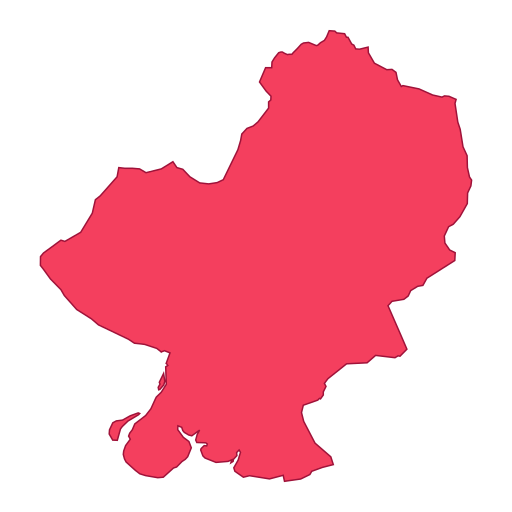 Dubreka, Dubréka, Guinea (Mercator projection)
{"feature_id": "49546643B20116898332008", "entity_name": "Dubreka", "entity_type": "district", "adm_level": 2, "iso_a3": "GIN", "parent_name": "Guinea", "parent_adm1": "Dubréka", "projection": "mercator", "projection_center": [-13.536, 10.125], "detail": "fine", "context": "isolated", "style": "filled", "palette": "rose", "viewbox_px": 512, "rotation_deg": 0, "n_neighbors": 0, "source": "geoboundaries", "source_scale": "gbopen_adm2", "svg_char_len": 3058}
<svg xmlns="http://www.w3.org/2000/svg" viewBox="0 0 512 512"><path d="M166.2,363.4L166.5,363.5L167.8,365.5L165.7,366.8L166.3,384.3L161.2,392.3L156.3,397.1L155.5,398.7L150.9,408.8L145.7,415.5L134.8,423.9L132.3,429.8L129.7,433.2L128.6,436.1L130.3,439.2L125.6,445.6L123.7,451.0L123.3,454.4L124.5,458.9L126.1,462.0L135.3,470.3L139.8,473.8L145.6,475.6L157.8,477.7L163.3,477.2L173.5,468.0L176.6,467.0L182.0,461.5L185.3,459.3L187.7,456.7L191.3,447.8L188.9,441.5L183.3,437.3L177.7,429.6L177.9,425.8L181.7,427.3L182.8,430.6L184.3,432.4L188.7,435.0L191.8,435.8L199.6,430.1L197.2,434.5L195.7,440.0L196.8,442.5L205.7,442.8L207.3,444.0L206.7,445.9L204.2,445.6L201.1,448.6L200.7,450.0L202.9,455.9L205.0,458.0L216.0,462.4L228.0,461.4L231.8,459.8L230.9,462.8L233.1,461.4L233.4,459.4L236.9,455.6L236.6,452.6L239.1,450.0L240.5,452.3L238.1,460.2L233.8,467.8L234.9,471.3L243.4,477.2L249.5,475.7L269.5,478.9L283.2,475.3L284.5,481.3L300.7,479.0L309.9,474.5L311.7,471.3L322.4,467.4L333.3,464.6L330.8,456.8L315.0,443.1L303.7,421.4L301.5,412.6L303.3,405.2L317.8,400.1L319.4,398.4L320.5,398.9L323.3,395.0L323.3,391.9L326.0,386.4L324.4,383.4L327.9,378.7L346.6,363.8L367.1,362.8L375.6,355.4L395.0,357.7L398.1,355.8L400.0,356.2L406.9,349.2L401.0,335.5L394.4,320.4L388.0,305.7L392.0,301.3L403.9,299.3L408.2,296.0L410.7,290.6L417.7,286.3L422.9,285.4L426.9,278.2L454.8,260.5L455.2,252.7L449.7,250.0L444.9,243.0L444.3,236.0L448.6,226.7L453.3,224.2L459.9,216.7L467.3,203.6L467.6,193.0L470.9,185.9L471.6,180.1L469.5,177.0L467.4,167.6L467.1,155.7L463.0,146.8L460.2,129.3L457.8,122.1L455.0,103.4L456.1,99.4L449.0,96.3L444.5,95.9L442.0,97.1L432.6,95.0L419.0,88.9L402.9,85.6L401.3,86.5L397.5,79.8L396.0,72.4L392.0,69.4L386.8,69.7L374.4,63.2L368.4,52.8L368.1,47.1L359.5,49.2L355.7,48.9L353.9,45.2L351.7,44.0L348.0,37.3L346.4,37.2L344.6,33.7L336.7,32.9L334.8,31.1L329.2,30.7L326.6,36.9L324.4,40.4L320.5,42.7L317.6,45.3L316.3,45.6L308.6,42.4L303.5,43.0L301.2,44.3L297.4,48.5L293.2,52.7L291.9,54.3L289.0,54.3L287.4,54.6L284.5,53.3L282.3,52.0L281.0,52.0L278.7,52.7L274.6,57.8L272.0,62.0L271.7,67.7L265.6,67.7L259.5,82.0L266.2,91.2L271.0,96.2L270.8,100.0L268.6,101.9L268.6,108.1L258.0,121.9L253.2,126.0L247.0,128.4L241.8,134.0L240.6,140.6L237.9,149.7L223.3,179.7L217.2,182.6L208.7,183.9L199.7,182.9L189.9,176.8L182.8,169.3L176.9,167.6L172.9,161.7L161.3,168.9L146.0,172.7L139.6,168.9L132.6,168.3L124.9,168.3L118.8,167.6L117.1,176.8L100.2,195.9L95.4,199.7L92.3,213.2L80.7,232.3L64.9,241.4L60.9,240.2L43.5,253.0L40.5,256.6L40.4,265.4L43.1,268.8L50.5,279.0L60.9,289.6L64.3,295.5L76.7,309.5L91.5,318.9L98.5,324.9L128.4,339.2L134.4,343.2L140.9,343.9L144.7,344.4L156.8,348.4L161.0,351.7L161.2,352.0L161.3,351.9L164.5,350.7L170.0,352.9L166.2,363.4ZM120.5,428.9L122.3,426.5L126.9,422.1L127.9,421.1L138.6,414.7L139.7,413.5L138.2,412.9L130.2,415.8L122.5,420.1L116.3,420.9L112.8,422.8L109.5,429.8L109.2,434.0L112.7,440.1L117.3,440.3L120.5,428.9ZM159.9,389.4L163.8,384.9L164.8,381.3L163.6,373.5L159.3,382.3L160.0,384.1L158.2,387.3L158.7,389.8L159.9,389.4Z" fill="#f43f5e" stroke="#9f1239" stroke-width="1.5"/></svg>